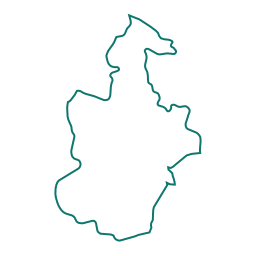 SVG path tracing the border of Tianjin
{"feature_id": "CHN-1816", "entity_name": "Tianjin", "entity_type": "Municipality", "adm_level": 1, "iso_a3": "CHN", "parent_name": "China", "parent_adm1": "", "projection": "robinson", "projection_center": [117.372, 39.408], "detail": "fine", "context": "isolated", "style": "outline", "palette": "teal", "viewbox_px": 256, "rotation_deg": 0, "n_neighbors": 0, "source": "natural_earth", "source_scale": "10m", "svg_char_len": 4029}
<svg xmlns="http://www.w3.org/2000/svg" viewBox="0 0 256 256"><path d="M200.2,153.0L196.3,153.4L191.7,153.9L186.7,155.4L178.7,162.0L172.8,166.9L170.6,168.0L168.2,167.3L168.5,169.7L169.4,170.4L170.7,171.7L172.2,173.1L172.8,176.1L173.7,178.6L174.6,182.2L174.8,184.6L171.3,184.4L169.8,184.2L166.8,182.7L167.0,183.9L167.2,184.2L167.5,184.6L153.9,207.1L153.3,209.6L153.1,212.1L152.8,220.1L151.2,223.1L151.0,225.6L151.4,227.6L150.6,229.5L149.5,232.4L138.6,234.9L134.8,236.4L119.8,240.6L118.1,240.4L117.3,240.1L116.7,239.8L116.0,239.4L115.0,238.5L114.6,238.0L114.3,237.4L113.7,236.1L113.5,235.5L110.9,234.5L100.5,233.7L98.1,232.0L97.4,230.6L96.0,223.2L95.5,222.2L94.9,221.5L94.1,220.9L93.3,220.8L92.5,220.8L83.1,223.2L82.1,223.3L80.9,223.2L79.0,222.9L77.9,222.5L77.2,222.0L76.8,221.6L76.2,220.8L74.7,217.7L74.0,216.8L72.8,215.9L71.7,215.3L69.2,214.6L65.5,213.4L63.3,212.0L61.6,210.4L60.0,208.2L58.7,205.9L57.6,203.3L56.2,198.7L55.6,195.8L55.4,193.3L55.6,188.4L56.3,185.1L56.6,184.3L57.1,183.0L57.4,182.4L57.6,182.0L58.9,180.5L78.5,168.5L79.0,168.0L79.5,167.4L79.9,166.7L80.3,165.7L80.5,164.8L80.5,164.0L80.4,163.2L80.2,162.5L79.9,161.9L79.6,161.3L79.2,160.8L78.7,160.3L77.3,159.7L75.1,159.0L74.5,158.7L74.1,158.5L73.7,158.1L73.3,157.7L72.8,157.2L72.5,156.7L72.1,156.1L71.9,155.5L71.4,153.3L71.3,151.7L71.4,150.1L73.5,140.8L74.4,136.7L74.3,135.3L74.1,134.8L72.7,132.8L72.0,131.2L71.7,129.7L71.5,127.6L71.3,126.5L71.0,125.6L70.2,124.0L68.3,119.5L67.9,117.8L67.6,116.6L67.2,108.7L67.3,106.0L67.9,102.1L69.5,101.3L70.0,100.9L71.0,99.8L74.8,94.8L76.9,90.9L78.4,90.7L79.9,91.0L80.3,91.1L81.3,91.6L82.6,92.5L85.5,93.8L94.2,96.2L103.7,100.0L104.5,100.1L105.4,100.1L107.0,99.9L107.6,99.7L108.2,99.3L108.8,98.8L109.3,98.0L109.9,96.7L110.3,95.1L110.9,86.3L111.4,83.9L111.8,82.5L112.2,81.7L112.4,80.9L112.5,80.0L112.2,78.7L111.8,77.9L111.3,77.3L110.8,76.8L110.4,76.2L110.3,75.5L110.4,74.6L111.1,73.6L111.8,73.0L112.5,72.6L117.3,71.0L117.9,70.7L118.5,70.3L118.9,69.8L119.0,69.0L118.6,68.1L118.1,67.6L117.4,67.2L116.6,67.1L114.9,67.2L113.1,66.9L111.5,66.4L110.9,66.1L110.4,65.7L109.9,65.3L108.6,63.7L108.3,63.1L107.7,61.8L106.7,57.6L106.4,56.1L106.5,55.1L107.1,53.5L108.2,50.9L112.9,44.3L114.1,42.3L116.4,37.0L121.8,36.0L123.1,35.5L123.7,35.1L124.1,34.7L124.7,33.9L125.3,32.8L126.6,29.6L127.0,28.7L127.3,28.3L129.4,26.1L129.9,25.4L130.4,24.5L130.7,23.7L130.8,22.8L130.6,20.5L129.2,15.4L139.4,19.4L150.7,26.8L156.1,30.9L158.0,32.9L159.3,36.2L161.0,38.3L164.5,39.3L168.3,39.7L169.9,40.1L171.8,40.9L172.4,41.6L172.5,42.3L171.4,44.0L171.0,45.1L170.9,45.8L171.5,46.8L173.4,47.7L174.1,48.3L174.7,49.3L175.8,50.5L176.0,51.0L176.1,51.7L175.7,52.7L175.2,53.3L174.8,53.7L174.3,53.9L173.5,54.0L167.8,53.4L166.1,53.5L160.8,54.3L159.3,54.4L157.9,54.1L157.2,53.9L148.9,49.2L148.0,48.9L147.2,48.8L146.4,48.9L145.7,49.3L145.0,50.2L144.8,50.7L144.9,51.3L145.0,51.9L145.9,53.7L146.4,55.6L146.6,57.2L146.5,58.5L145.1,64.9L145.1,66.1L145.1,66.8L145.5,68.3L147.3,72.1L147.8,75.3L148.0,79.7L148.3,82.4L148.9,83.0L150.0,83.8L151.2,84.5L151.7,85.1L152.1,86.0L152.8,89.9L153.1,90.6L153.4,91.2L154.0,91.7L154.6,92.0L157.5,93.1L158.0,93.5L158.5,94.3L159.0,95.4L159.6,97.4L159.6,98.6L159.5,99.6L159.1,100.2L158.7,100.8L158.3,101.6L157.9,102.5L157.6,103.8L157.8,104.7L158.3,105.2L159.0,105.6L163.0,106.8L164.3,107.5L164.9,107.9L165.4,108.4L165.8,108.8L166.9,110.6L167.4,111.0L167.9,111.3L168.6,111.2L169.2,111.0L169.7,110.6L170.2,110.0L170.6,109.4L170.9,108.8L171.1,108.1L171.2,107.4L171.1,106.7L171.1,106.1L171.4,105.5L171.9,105.1L172.6,104.8L173.3,104.7L174.1,104.8L174.9,105.0L177.6,106.4L178.3,106.7L179.1,106.8L179.9,106.9L180.7,106.9L183.0,106.4L185.4,106.2L186.4,106.5L187.4,107.1L188.8,108.5L189.4,109.5L189.6,110.4L189.6,111.2L189.5,112.0L188.1,115.6L187.9,116.6L185.9,122.7L185.7,123.5L185.6,124.5L185.7,125.7L185.9,126.6L186.3,127.5L186.8,128.2L187.3,128.7L187.9,129.1L196.6,132.7L197.4,133.3L198.2,134.1L199.5,135.6L200.0,136.6L200.3,137.4L200.5,138.9L200.6,141.3L200.0,149.0L200.0,149.6L199.9,150.3L200.2,153.0Z" fill="none" stroke="#0f766e" stroke-width="2"/></svg>